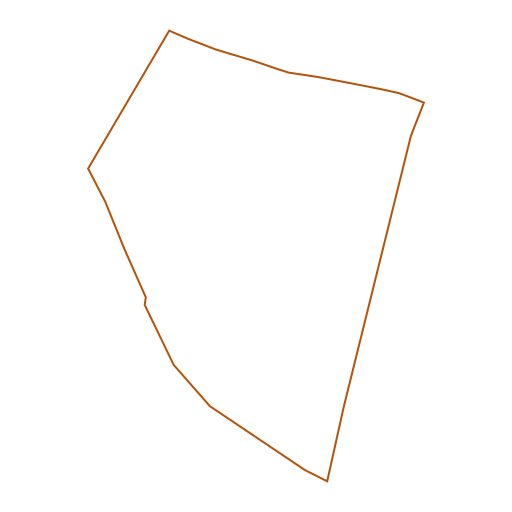 the district of George Charles Boulevard, Castries, Saint Lucia
{"feature_id": "8701671B10607749601803", "entity_name": "George Charles Boulevard", "entity_type": "district", "adm_level": 2, "iso_a3": "LCA", "parent_name": "Saint Lucia", "parent_adm1": "Castries", "projection": "equal_earth", "projection_center": [-60.987, 14.005], "detail": "fine", "context": "isolated", "style": "outline", "palette": "amber", "viewbox_px": 512, "rotation_deg": 0, "n_neighbors": 0, "source": "geoboundaries", "source_scale": "gbopen_adm2", "svg_char_len": 438}
<svg xmlns="http://www.w3.org/2000/svg" viewBox="0 0 512 512"><path d="M423.9,102.6L420.7,101.4L411.4,97.8L399.3,93.2L381.1,89.2L355.6,84.2L317.4,76.9L288.6,72.6L277.6,69.1L252.5,60.5L231.0,54.1L215.5,49.4L187.5,38.6L169.2,30.7L88.1,168.6L105.2,201.6L124.3,248.8L145.8,297.3L144.7,304.9L173.7,364.9L209.9,406.2L304.8,470.0L327.2,481.3L343.9,406.2L380.2,259.8L410.9,135.9L423.9,102.6Z" fill="none" stroke="#b45309" stroke-width="2"/></svg>